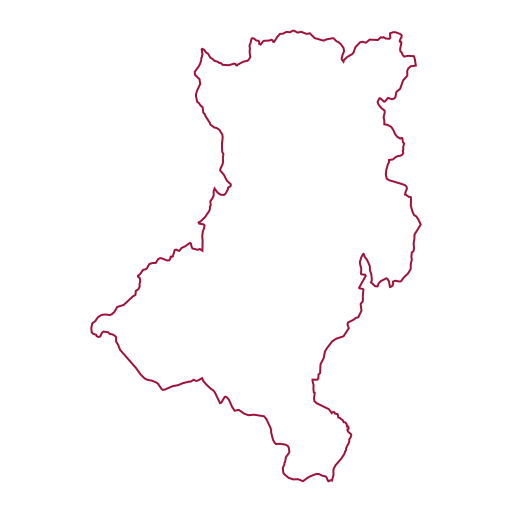 the district of Ky Son, Nghệ An, Vietnam
{"feature_id": "81297802B2701886719052", "entity_name": "Ky Son", "entity_type": "district", "adm_level": 2, "iso_a3": "VNM", "parent_name": "Vietnam", "parent_adm1": "Nghệ An", "projection": "equal_earth", "projection_center": [104.217, 19.409], "detail": "fine", "context": "isolated", "style": "outline", "palette": "rose", "viewbox_px": 512, "rotation_deg": 0, "n_neighbors": 0, "source": "geoboundaries", "source_scale": "gbopen_adm2", "svg_char_len": 5983}
<svg xmlns="http://www.w3.org/2000/svg" viewBox="0 0 512 512"><path d="M415.8,65.6L414.9,59.4L413.9,56.2L407.9,55.8L404.2,56.6L402.8,55.2L401.5,52.3L400.6,51.6L400.2,50.3L400.2,48.5L401.4,42.9L401.0,41.8L400.2,41.9L399.7,40.9L400.9,37.9L401.5,37.5L401.7,35.3L400.4,34.1L395.7,32.3L393.1,32.2L390.0,33.4L390.3,38.0L389.2,38.8L385.7,38.5L383.6,37.2L382.3,37.7L381.0,37.2L377.8,40.0L369.7,39.6L365.9,42.7L362.1,41.7L360.1,42.3L355.4,47.2L353.4,52.8L351.9,54.3L347.3,56.9L344.0,60.0L343.5,61.7L341.9,59.7L341.7,58.6L342.0,56.5L344.0,51.3L343.6,48.1L341.1,44.5L338.7,42.3L336.3,41.1L333.8,38.5L332.7,38.2L326.9,39.3L323.4,40.6L314.7,38.1L309.8,33.3L306.6,33.9L301.1,31.8L297.5,32.6L294.1,30.7L292.9,30.7L289.9,32.3L286.4,31.9L282.9,33.7L279.9,33.9L277.0,37.3L274.1,41.9L273.3,41.9L272.5,40.3L271.4,39.7L269.6,40.5L264.1,40.8L263.0,41.4L260.6,44.6L259.2,43.9L259.2,41.9L258.6,40.9L256.3,40.5L253.9,38.5L252.2,38.2L251.4,39.1L250.6,42.9L249.5,45.5L249.9,48.6L249.6,51.9L250.3,56.7L249.5,58.6L247.7,60.7L243.3,61.7L238.1,64.4L237.0,65.5L236.1,65.2L235.5,64.0L234.3,63.6L228.8,65.2L222.6,64.8L220.9,63.1L219.3,62.9L217.7,61.7L214.5,60.9L212.6,59.0L210.3,57.6L208.2,53.9L205.8,52.3L204.2,49.8L202.2,48.8L201.8,49.1L201.6,49.8L202.1,50.9L201.9,51.9L202.6,54.2L202.1,55.3L201.9,57.0L201.3,58.0L201.3,60.0L200.2,63.5L198.6,66.6L194.7,71.9L195.0,74.9L199.5,79.2L200.2,84.0L197.0,90.8L196.0,94.4L196.0,96.4L197.3,102.0L198.9,103.1L200.8,105.8L202.6,107.2L203.3,112.7L204.9,114.3L205.4,116.0L209.8,122.8L210.5,124.7L214.3,127.5L216.6,128.0L219.4,129.8L222.3,134.6L222.7,137.5L222.0,143.3L222.0,147.2L222.2,151.8L223.4,154.1L222.9,157.7L223.0,162.1L222.6,164.2L220.4,168.8L220.2,170.5L223.9,174.8L226.9,180.7L230.8,184.3L230.6,186.2L228.1,187.6L227.8,189.4L225.9,193.0L224.6,194.7L223.8,194.9L221.4,194.9L218.9,193.7L216.7,191.5L214.6,188.5L213.7,191.2L213.6,195.8L212.5,198.2L210.3,201.4L210.7,205.2L209.9,206.9L209.9,209.0L209.4,210.7L204.9,217.3L200.3,221.6L198.6,222.4L199.1,223.6L203.7,224.4L204.5,225.5L204.1,228.0L202.8,231.6L202.2,236.3L202.6,240.7L202.4,250.7L199.8,249.0L197.7,249.8L192.5,248.5L191.6,246.8L190.9,243.5L190.0,242.9L184.8,246.5L181.6,247.9L179.3,250.9L176.1,249.6L174.7,250.0L172.8,256.5L171.8,256.9L171.1,256.5L170.6,257.0L169.9,259.4L169.1,260.4L166.7,260.4L162.3,258.5L160.1,258.1L158.1,259.2L155.8,262.9L152.2,263.1L149.2,264.1L146.9,268.4L145.8,269.2L143.0,269.9L140.0,274.3L137.9,275.8L138.1,276.8L139.6,277.8L140.0,279.4L140.2,281.3L139.5,284.2L139.7,286.5L138.4,289.2L135.8,290.9L135.5,294.8L132.6,296.6L123.7,304.9L117.2,307.0L114.5,311.8L111.9,314.2L109.8,315.1L105.7,314.5L102.6,314.7L100.6,315.4L97.8,317.4L95.2,321.2L92.3,323.3L91.3,327.9L91.6,332.0L92.7,333.6L96.3,334.9L96.6,336.1L98.3,337.0L100.3,336.4L101.6,333.3L102.8,331.9L103.8,331.6L108.2,332.3L109.6,333.8L113.0,334.6L115.3,336.2L116.2,337.3L116.0,341.3L117.9,344.4L120.1,349.9L136.0,368.0L140.4,374.2L144.7,378.5L147.7,379.9L151.8,380.6L156.7,382.7L158.0,383.8L161.5,388.9L162.8,389.9L164.8,389.6L172.5,386.2L178.3,385.1L182.7,383.2L189.1,381.6L190.6,381.7L193.6,379.8L196.2,380.9L197.3,380.8L202.1,378.2L203.1,380.7L206.1,384.3L211.0,388.9L213.3,390.4L214.9,392.5L220.0,403.1L221.2,402.7L224.7,396.9L225.6,396.7L227.1,397.5L229.0,399.9L232.1,406.9L234.6,410.7L238.9,409.9L244.1,413.6L248.4,415.2L254.1,414.7L264.1,416.3L266.4,419.2L270.5,427.8L271.1,429.8L271.2,432.7L273.0,439.8L274.8,442.9L275.9,444.0L279.9,443.8L285.3,444.6L287.6,445.8L288.7,447.4L289.4,451.8L289.0,452.9L285.8,457.3L285.2,461.5L284.4,463.0L284.5,463.9L282.8,468.0L283.3,472.6L284.1,474.1L288.7,477.9L293.2,479.4L298.1,479.2L303.0,481.2L307.5,477.8L310.9,476.0L316.5,473.9L319.0,474.1L322.8,475.9L325.7,476.5L326.5,477.4L328.1,481.0L328.7,481.3L330.0,480.4L331.5,480.1L331.9,480.5L333.5,475.1L333.4,470.2L333.9,468.2L335.5,465.3L341.4,458.5L344.4,453.8L345.2,451.2L346.1,450.2L346.1,448.2L349.2,442.0L349.3,439.3L350.5,437.6L351.3,435.0L351.0,434.2L348.6,432.2L347.4,430.4L347.4,429.4L348.3,429.1L348.6,428.4L348.3,426.5L347.0,426.5L346.7,424.2L345.3,422.4L343.7,422.2L342.5,419.8L341.1,419.2L339.9,417.9L338.3,417.5L337.9,415.1L337.4,414.0L335.1,413.7L334.2,412.1L332.6,412.2L331.7,413.1L328.9,409.2L316.6,403.2L314.5,401.2L314.0,398.9L314.7,392.8L313.8,392.4L313.4,388.7L313.6,385.2L312.5,380.8L312.5,379.7L317.3,379.7L318.3,378.6L318.5,374.6L320.1,373.0L320.5,364.3L323.7,358.1L324.9,351.5L327.2,347.8L332.4,341.1L336.7,338.5L343.5,336.3L348.8,328.2L347.5,324.5L348.0,322.5L352.9,320.1L355.8,318.0L358.3,317.2L361.5,310.7L360.6,304.0L362.7,301.4L362.9,300.3L362.8,295.7L363.4,289.7L362.8,288.9L359.3,288.3L359.1,287.7L365.7,275.9L365.2,274.7L361.5,274.4L361.0,273.8L361.3,268.8L360.0,263.7L359.9,261.9L361.4,257.1L363.2,253.9L363.5,253.8L364.7,256.8L367.0,259.8L369.8,266.0L369.9,270.1L371.2,273.9L371.8,278.7L371.7,280.9L370.9,282.3L375.1,286.2L377.6,286.4L378.6,283.5L380.7,281.2L386.3,278.3L387.2,278.7L388.9,281.3L390.0,287.0L391.4,286.5L392.6,285.6L392.8,284.3L393.2,283.9L393.0,281.6L395.3,280.7L399.1,281.5L400.9,281.3L404.0,277.3L408.0,273.5L410.7,269.0L410.8,263.6L411.8,259.7L411.4,256.9L411.8,252.5L413.6,251.0L414.0,247.7L413.6,243.6L414.4,238.8L414.5,234.6L420.7,224.5L418.9,220.5L416.4,216.5L414.0,215.0L412.3,211.2L410.8,205.6L411.0,199.4L410.8,197.2L408.6,196.7L405.6,194.5L405.0,194.5L405.7,191.4L406.9,188.9L406.6,186.8L405.2,185.3L402.8,184.3L389.1,180.2L386.6,178.5L385.8,174.5L386.3,169.9L387.9,164.3L389.0,162.2L388.9,160.0L392.8,159.5L395.8,157.0L398.0,156.0L400.3,155.8L402.4,154.5L403.3,152.9L402.7,150.5L403.4,149.7L403.1,147.4L404.1,143.5L403.0,142.3L402.3,138.2L401.5,137.9L400.2,138.6L397.1,136.7L395.1,134.1L393.0,129.4L391.1,126.8L387.4,124.8L384.3,124.3L384.3,120.4L383.6,117.2L384.7,112.6L384.6,110.6L381.6,108.3L378.7,104.8L377.6,102.4L378.1,100.7L379.5,98.2L380.2,98.3L384.2,101.7L385.1,101.4L387.9,97.9L391.9,99.2L394.3,98.5L395.5,96.8L396.2,92.5L396.6,91.7L400.1,88.9L403.1,80.4L407.3,75.7L407.2,70.9L408.2,68.5L410.7,66.3L415.8,65.6Z" fill="none" stroke="#9f1239" stroke-width="2"/></svg>